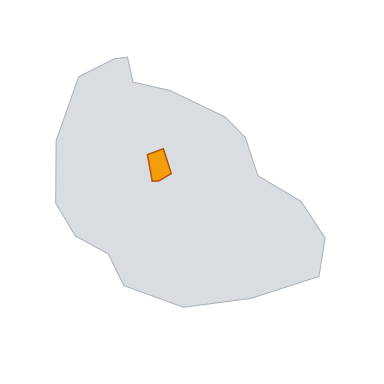 where Curepipe sits in Mauritius, rotated 105°
{"feature_id": "MUS-5183", "entity_name": "Curepipe", "entity_type": "City", "adm_level": 1, "iso_a3": "MUS", "parent_name": "Mauritius", "parent_adm1": "", "projection": "robinson", "projection_center": [57.517, -20.322], "detail": "fine", "context": "in_parent", "style": "filled", "palette": "amber", "viewbox_px": 384, "rotation_deg": 105, "n_neighbors": 0, "source": "natural_earth", "source_scale": "10m", "svg_char_len": 527}
<svg xmlns="http://www.w3.org/2000/svg" viewBox="0 0 384 384"><g transform="rotate(105 192 192)"><path d="M238.1,320.8L177.6,336.5L109.9,331.3L83.5,301.6L78.4,289.2L101.1,277.5L99.7,239.5L111.0,179.3L125.5,154.6L159.2,132.6L172.9,84.0L202.0,51.5L240.7,47.5L279.4,107.4L305.6,170.5L300.1,233.6L273.5,256.8L264.7,293.2L238.1,320.8Z" fill="#d9dde1" stroke="#a8b0b8" stroke-width="1"/><path d="M157.6,230.9L179.5,216.8L189.9,226.9L191.8,233.3L167.4,244.7L157.6,230.9Z" fill="#f59e0b" stroke="#b45309" stroke-width="1.5"/></g></svg>